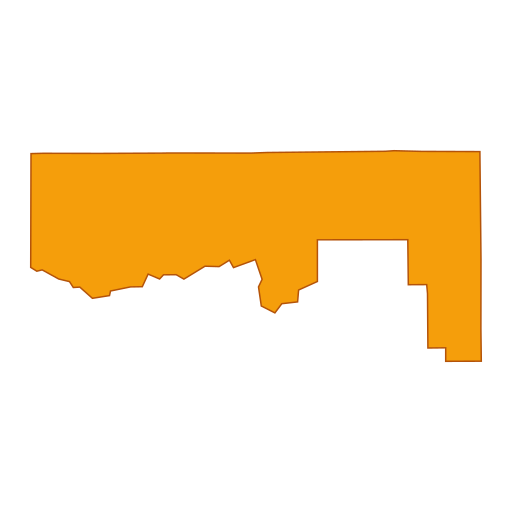 outline of Daggett, Utah, United States of America
{"feature_id": "52423323B11713615071349", "entity_name": "Daggett", "entity_type": "district", "adm_level": 2, "iso_a3": "USA", "parent_name": "United States of America", "parent_adm1": "Utah", "projection": "equal_earth", "projection_center": [-109.574, 40.832], "detail": "fine", "context": "isolated", "style": "filled", "palette": "amber", "viewbox_px": 512, "rotation_deg": 0, "n_neighbors": 0, "source": "geoboundaries", "source_scale": "gbopen_adm2", "svg_char_len": 803}
<svg xmlns="http://www.w3.org/2000/svg" viewBox="0 0 512 512"><path d="M30.7,267.4L36.8,271.2L42.2,269.9L58.7,279.0L69.5,281.6L73.3,287.5L79.8,287.1L92.4,298.3L109.5,295.6L110.5,291.0L130.5,286.9L142.3,286.7L148.1,274.1L159.6,279.0L163.5,274.8L176.2,274.7L183.9,279.1L205.0,266.2L219.1,266.6L229.4,260.2L233.5,267.6L255.4,259.6L262.1,279.3L258.5,286.9L261.3,306.0L274.9,312.9L281.8,303.7L297.6,301.9L298.6,290.0L317.4,281.5L317.4,239.8L407.8,239.7L408.3,284.7L426.7,284.6L427.5,293.6L427.9,348.0L445.7,347.8L445.7,361.3L481.3,361.2L480.9,328.9L481.0,259.7L479.9,151.6L421.6,151.4L394.0,150.7L385.2,151.3L267.1,152.5L250.9,153.1L246.8,153.1L184.1,153.0L166.4,153.0L165.7,153.1L100.1,153.4L99.6,153.4L42.9,153.3L31.4,153.6L31.0,153.6L30.7,267.4Z" fill="#f59e0b" stroke="#b45309" stroke-width="1.5"/></svg>